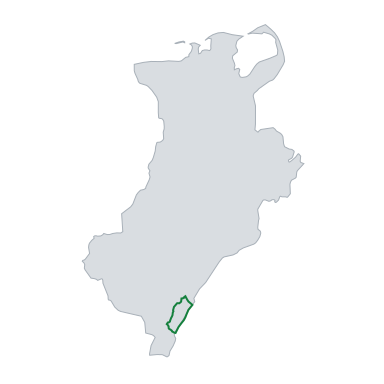 Kerki, Chardzhou, Turkmenistan (highlighted), rotated 87°
{"feature_id": "10190150B1660542161476", "entity_name": "Kerki", "entity_type": "district", "adm_level": 2, "iso_a3": "TKM", "parent_name": "Turkmenistan", "parent_adm1": "Chardzhou", "projection": "mercator", "projection_center": [64.9, 38.442], "detail": "fine", "context": "in_parent", "style": "outline", "palette": "green", "viewbox_px": 384, "rotation_deg": 87, "n_neighbors": 0, "source": "geoboundaries", "source_scale": "gbopen_adm2", "svg_char_len": 4537}
<svg xmlns="http://www.w3.org/2000/svg" viewBox="0 0 384 384"><g transform="rotate(87 192 192)"><path d="M109.2,124.1L127.6,125.1L133.2,125.9L135.6,123.2L135.5,122.6L134.6,122.0L133.2,120.1L132.0,107.6L133.6,105.8L135.5,104.5L138.1,100.5L139.5,99.3L141.6,98.3L148.7,98.0L151.6,97.2L154.2,92.7L154.7,90.0L156.6,87.9L157.7,88.0L162.5,89.8L163.5,90.7L165.1,94.0L166.9,93.8L167.2,93.3L166.9,92.5L165.6,90.5L162.6,86.7L159.7,84.3L159.4,83.5L161.9,81.6L167.0,82.4L168.2,81.8L169.5,78.8L176.2,85.6L177.4,86.3L182.7,87.2L183.6,88.1L185.4,92.0L187.2,93.1L189.4,93.8L198.9,93.9L201.8,96.5L202.3,97.2L201.7,99.0L201.5,102.5L200.8,104.0L201.3,104.6L204.6,106.0L206.6,108.3L206.8,109.2L206.2,109.9L204.6,109.6L203.9,110.6L203.9,112.4L205.0,114.1L205.3,115.7L203.7,119.3L203.7,120.9L204.2,121.7L212.6,127.2L214.0,127.3L222.2,126.4L223.7,127.0L230.8,128.2L232.8,128.0L234.2,126.2L235.5,125.6L236.7,125.5L240.1,126.6L243.7,129.0L246.1,131.1L247.3,133.0L250.5,143.6L252.7,148.0L255.2,150.2L257.0,154.3L258.5,163.3L259.5,165.1L263.4,168.6L283.1,183.1L289.1,189.5L298.3,195.7L301.7,195.0L308.9,201.5L313.5,204.0L319.4,207.9L331.8,216.8L334.5,217.2L337.4,215.9L340.1,216.6L344.7,218.9L349.7,222.3L354.0,223.5L355.2,225.0L355.3,225.8L352.9,230.1L352.5,235.5L352.8,242.8L351.6,242.9L343.2,240.9L335.3,236.4L333.4,237.9L332.4,239.4L330.4,245.6L319.7,246.0L313.4,249.1L307.6,269.4L306.3,271.9L302.8,275.2L296.7,278.4L295.7,279.7L295.5,280.9L294.7,281.3L291.3,281.3L278.4,285.7L275.6,285.7L274.4,286.0L273.9,286.8L275.3,290.8L274.2,292.0L273.4,294.0L272.7,297.4L264.2,302.8L262.4,303.5L259.0,302.9L257.3,303.5L255.4,305.2L254.6,304.7L254.2,303.0L253.2,301.8L248.0,297.5L241.9,298.2L239.6,297.8L237.8,297.1L235.0,294.6L233.2,292.2L231.3,292.5L230.7,291.4L230.7,290.1L231.2,288.5L231.1,285.4L230.0,283.3L228.8,282.3L230.1,278.8L230.1,276.2L229.3,273.4L228.9,269.3L229.2,265.3L228.0,263.2L210.0,263.4L203.6,254.0L200.9,251.7L192.0,247.7L189.5,245.6L187.5,243.3L187.0,240.0L186.0,238.1L184.6,237.8L177.6,234.1L174.8,233.1L170.9,234.0L168.6,232.9L166.0,234.4L164.9,234.5L162.0,233.6L158.4,230.2L155.5,228.8L149.2,226.6L144.9,225.9L141.0,224.6L140.6,224.1L140.5,221.2L139.9,220.0L138.8,218.5L137.3,217.5L130.7,217.6L127.6,216.5L125.2,216.3L119.9,216.5L118.2,217.3L117.2,218.2L116.6,221.0L116.0,221.4L110.9,221.5L100.0,220.9L95.4,222.3L88.4,226.7L84.3,230.3L83.1,231.9L80.7,238.4L79.7,239.3L78.3,240.0L76.9,240.2L70.5,242.7L68.0,243.3L61.5,243.0L60.0,233.5L59.5,225.9L60.2,215.4L59.8,208.7L60.9,198.3L60.5,195.8L57.2,191.2L56.7,188.1L54.7,187.9L51.4,185.2L48.2,184.1L46.6,184.1L45.1,184.9L44.1,186.4L43.3,184.0L43.3,181.4L45.9,176.1L47.5,177.7L49.4,178.3L54.4,178.0L53.9,176.2L51.3,174.3L50.8,171.9L51.0,169.4L51.7,167.1L50.9,166.1L49.8,165.6L47.1,165.6L40.1,164.7L39.3,167.5L41.3,171.1L38.1,167.0L35.9,162.7L34.5,157.7L34.3,152.3L37.0,143.6L39.1,132.8L41.8,137.3L43.8,139.3L48.1,140.6L50.2,140.3L52.5,139.1L54.6,139.5L58.1,144.2L60.5,144.7L65.6,142.9L68.0,142.5L70.1,143.3L72.2,143.3L71.3,141.2L70.9,139.0L72.2,137.9L76.2,139.1L79.4,137.9L79.9,137.3L80.2,135.5L79.8,131.8L79.0,130.2L77.2,128.0L70.1,122.8L67.7,120.7L65.7,118.0L62.5,107.2L60.0,100.3L59.0,99.5L54.9,98.9L47.0,100.6L44.2,100.2L42.9,101.0L39.7,103.9L38.2,106.4L36.2,112.1L37.7,113.9L36.5,123.5L37.2,127.5L37.0,127.8L34.6,122.8L31.4,117.7L28.7,109.9L33.4,104.9L37.4,101.2L41.7,98.5L46.2,96.7L56.3,93.9L61.8,92.9L66.3,92.7L69.8,94.4L79.2,100.7L83.3,104.2L84.4,105.6L85.5,109.0L92.4,119.9L94.0,121.4L96.7,124.9L99.2,125.9L109.2,124.1ZM43.0,200.1L42.7,201.5L41.5,197.3L40.9,192.7L41.7,191.4L42.6,191.5L41.7,193.2L43.0,200.1Z" fill="#d9dde1" stroke="#a8b0b8" stroke-width="1"/><path d="M303.4,198.9L301.2,201.3L299.1,202.5L295.9,204.0L296.1,204.2L295.9,204.2L295.9,204.4L296.9,205.7L297.7,206.6L297.8,207.6L297.8,208.1L300.9,208.6L301.4,209.1L302.5,210.6L302.3,211.7L302.3,212.7L303.8,214.1L305.8,216.0L307.3,216.5L308.5,216.9L309.1,217.1L310.1,216.8L310.3,216.9L311.4,217.5L312.0,217.6L313.8,217.9L314.2,218.0L316.2,219.1L316.6,219.4L318.2,220.1L319.5,220.7L320.2,220.8L321.1,222.2L321.1,223.0L321.5,223.2L321.9,223.6L322.6,224.1L323.3,223.4L323.7,223.1L323.9,222.9L324.6,222.7L324.8,222.6L325.2,222.5L325.2,222.4L326.9,222.4L327.6,221.9L327.8,221.6L327.9,221.3L328.0,221.2L328.3,220.7L328.7,220.2L328.9,220.0L329.2,219.7L329.4,219.4L329.5,219.4L330.2,219.2L330.7,218.4L331.0,217.8L331.2,217.6L331.5,217.1L331.9,215.8L331.7,215.7L326.1,212.5L322.5,209.5L319.6,206.9L316.8,205.2L313.7,203.8L310.9,202.4L309.6,201.8L304.8,197.5L303.4,198.9L303.4,198.9Z" fill="none" stroke="#15803d" stroke-width="2"/></g></svg>